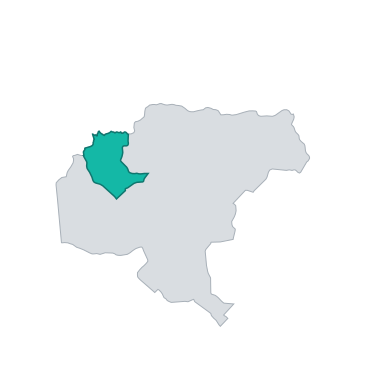 Central Equatoria on a map of South Sudan (Robinson projection), rotated 133°
{"feature_id": "SDS-865", "entity_name": "Central Equatoria", "entity_type": "State", "adm_level": 1, "iso_a3": "SSD", "parent_name": "South Sudan", "parent_adm1": "", "projection": "robinson", "projection_center": [30.797, 4.842], "detail": "fine", "context": "in_parent", "style": "filled", "palette": "teal", "viewbox_px": 384, "rotation_deg": 133, "n_neighbors": 0, "source": "natural_earth", "source_scale": "10m", "svg_char_len": 5889}
<svg xmlns="http://www.w3.org/2000/svg" viewBox="0 0 384 384"><g transform="rotate(133 192 192)"><path d="M288.8,285.7L279.6,296.2L278.9,296.8L277.8,297.6L274.0,297.7L270.2,297.1L266.6,294.4L263.0,296.5L260.7,297.2L259.3,297.4L256.1,297.8L251.6,298.9L249.5,300.3L248.4,301.4L247.5,303.5L247.0,303.7L246.2,303.5L245.0,302.6L242.6,301.4L241.4,298.8L240.3,297.2L239.3,296.4L235.5,299.0L233.6,299.6L232.1,299.6L229.3,298.1L226.2,296.8L224.7,296.9L222.3,298.4L219.6,300.8L218.2,303.1L217.5,304.5L216.6,302.3L215.7,301.0L214.4,300.5L211.8,301.0L211.2,300.3L211.1,298.5L210.7,296.8L210.0,295.6L208.0,294.3L202.9,291.8L199.0,286.8L197.0,284.4L195.5,282.9L193.5,278.9L191.1,276.2L188.3,275.0L186.4,275.6L184.5,278.5L180.9,281.2L179.2,281.3L177.1,279.8L174.4,278.8L169.5,278.3L167.6,279.6L164.9,281.7L162.7,283.0L161.4,283.1L160.1,282.6L158.6,282.4L157.4,282.3L154.8,280.4L153.5,279.0L152.6,277.6L151.1,276.7L149.4,275.9L148.2,274.7L147.6,273.2L146.7,271.3L145.4,269.5L141.5,266.4L140.3,264.6L139.5,262.8L137.9,260.8L136.2,258.1L135.6,254.2L135.5,251.1L135.2,249.6L134.5,248.2L133.6,247.0L132.3,245.6L129.1,243.6L125.7,241.2L124.2,239.9L121.1,239.4L119.3,238.0L117.8,235.1L117.2,232.8L115.7,230.9L115.1,229.6L114.7,228.1L115.9,223.5L114.2,221.8L111.6,219.7L109.7,217.4L108.6,215.2L105.2,212.4L97.9,208.2L93.7,205.5L91.4,203.1L89.4,200.7L89.2,199.7L90.5,197.3L90.7,195.4L89.7,193.3L85.3,189.2L81.8,184.8L79.2,183.4L72.8,182.1L71.0,181.7L69.1,180.8L67.2,178.8L66.6,176.4L67.5,172.6L66.9,171.5L65.9,171.2L66.2,170.4L67.4,168.5L69.3,167.3L74.6,165.5L74.9,164.7L75.0,162.4L75.4,161.2L77.2,157.9L77.5,156.6L77.6,153.8L77.8,152.5L78.4,151.6L79.8,150.0L80.3,149.0L80.6,146.8L80.4,142.6L81.2,140.9L84.5,137.1L85.4,135.4L85.7,133.8L85.7,132.3L85.9,130.7L86.9,129.2L87.7,128.8L90.1,128.3L91.8,128.6L103.4,126.0L104.8,126.3L105.4,127.9L105.3,130.4L105.5,131.6L106.1,132.4L108.0,133.6L109.2,135.6L109.9,136.3L111.8,137.7L120.4,149.0L122.8,150.1L125.2,149.7L129.9,147.3L132.2,146.7L148.7,147.4L150.5,147.1L153.1,152.8L154.3,154.1L172.3,154.2L172.0,152.5L172.2,150.7L175.4,147.2L175.9,146.8L178.6,145.2L181.4,144.1L186.6,142.8L188.5,140.7L189.6,138.8L189.6,135.1L190.3,134.5L191.5,133.7L197.6,130.3L198.6,129.6L209.3,137.3L215.3,143.4L215.6,143.7L216.0,143.8L216.3,143.6L216.5,143.3L217.3,143.1L219.8,143.0L224.7,142.7L226.3,142.0L236.0,131.1L238.5,127.6L239.1,126.9L240.5,124.5L242.0,120.2L242.3,119.7L252.9,109.5L253.3,108.7L253.4,108.1L251.8,104.7L251.5,102.9L251.4,100.3L251.7,96.1L251.6,93.5L251.4,92.7L245.4,85.1L260.4,85.0L260.4,84.1L260.4,83.8L260.1,82.9L259.9,81.7L260.0,81.0L260.0,80.4L260.0,80.1L260.0,79.8L260.0,79.6L270.9,79.7L270.7,81.8L269.4,86.8L269.5,89.8L269.2,93.2L268.8,94.2L268.2,95.0L268.0,95.4L268.0,95.8L270.3,114.9L270.2,115.7L269.6,116.9L269.4,117.3L269.4,117.6L269.6,117.8L274.6,119.9L274.8,120.0L275.0,120.1L276.8,122.6L286.7,131.7L287.0,132.1L288.0,135.0L288.1,135.4L288.2,136.1L288.2,136.6L287.9,138.3L288.0,139.1L288.2,139.6L288.3,140.2L288.3,140.4L288.2,140.8L286.8,144.1L286.3,146.4L286.2,148.4L286.2,149.5L286.4,150.2L286.5,150.5L290.9,150.7L290.9,151.7L291.5,168.9L291.5,170.9L291.3,173.3L290.8,174.3L289.6,175.6L288.1,176.9L284.3,177.2L281.1,177.2L278.9,176.9L275.8,176.8L272.9,177.0L271.8,178.1L268.0,187.3L266.8,189.6L266.5,190.9L266.9,191.7L268.4,192.8L271.7,194.5L275.4,195.4L278.3,195.8L280.2,196.3L281.7,196.8L287.0,200.9L288.7,202.9L289.7,204.6L289.9,206.4L290.7,208.3L295.6,214.0L300.3,216.7L302.0,219.7L303.8,221.2L305.4,222.8L306.3,225.2L308.3,232.1L309.7,235.7L311.1,238.7L311.7,243.5L312.8,245.6L313.9,248.2L315.8,250.6L317.8,252.4L318.1,252.9L298.0,275.4L288.8,285.7Z" fill="#d9dde1" stroke="#a8b0b8" stroke-width="1"/><path d="M194.3,282.4L193.7,281.8L193.4,280.9L193.4,279.8L193.6,279.0L193.6,278.7L193.4,278.1L193.4,277.8L193.6,277.6L193.7,277.4L194.3,277.0L198.5,273.4L199.3,272.3L199.9,271.7L200.4,271.3L201.0,271.1L201.5,270.9L202.1,271.0L202.6,271.2L203.1,271.6L204.5,273.1L205.1,273.5L205.7,273.6L206.4,273.5L207.2,273.1L210.2,269.7L211.3,268.9L213.9,267.4L217.0,266.2L217.5,265.9L217.8,265.6L217.9,265.3L218.0,265.0L218.1,264.4L218.4,256.8L218.7,255.6L219.1,254.5L220.1,252.7L220.4,251.7L220.3,250.6L219.8,249.4L219.1,248.1L217.5,246.3L216.1,245.3L215.7,244.7L215.1,243.5L214.5,242.7L213.6,241.7L211.1,239.6L208.4,236.7L213.4,236.2L215.4,235.8L217.1,234.8L218.2,234.9L222.5,238.9L225.2,240.3L232.9,241.9L234.5,242.8L235.3,242.9L236.4,241.7L248.6,242.5L248.1,245.4L248.3,261.5L248.8,263.8L249.1,264.8L251.0,268.4L251.3,269.3L251.5,270.2L251.5,271.0L251.2,271.9L250.8,272.9L249.5,275.0L247.4,280.3L246.5,284.1L246.1,285.1L245.5,285.9L244.8,286.8L242.4,288.7L242.0,289.2L241.5,290.2L240.0,294.9L239.5,295.9L239.4,296.3L238.9,296.1L237.0,298.5L236.8,298.7L236.4,298.9L235.2,299.1L234.0,299.3L233.6,299.6L233.4,299.9L233.3,300.0L233.1,300.2L232.7,300.1L229.8,298.3L227.9,297.2L227.0,296.8L226.1,296.7L225.0,296.7L224.4,296.9L223.6,297.6L223.0,298.2L222.8,298.2L222.3,298.3L222.1,298.4L221.4,299.1L221.1,299.2L220.9,299.3L220.4,299.3L220.2,299.3L219.9,299.6L219.8,299.9L219.8,300.2L219.6,300.5L218.1,303.0L217.6,304.1L217.6,304.5L217.3,303.9L217.5,302.6L217.2,302.1L216.5,301.8L216.2,301.6L216.0,301.2L216.0,300.3L215.9,300.0L215.4,299.7L215.1,300.0L214.7,300.5L214.2,300.8L213.6,300.8L213.3,300.9L212.9,301.0L212.2,301.5L211.9,301.5L211.5,301.6L211.2,301.6L210.8,301.3L210.8,301.2L211.0,301.0L211.1,300.7L211.2,299.7L211.3,299.2L210.7,295.4L210.4,294.7L210.2,294.7L209.7,294.8L209.1,294.8L208.9,294.7L208.0,294.4L206.2,293.2L204.6,292.6L203.2,292.6L202.8,292.5L202.6,292.2L202.6,291.7L202.5,291.4L202.4,291.1L201.8,290.4L201.6,289.8L201.5,289.2L201.3,288.7L200.7,288.4L199.8,288.2L199.4,287.9L199.1,287.4L198.6,286.2L198.2,285.7L197.7,285.4L197.4,285.3L197.2,285.3L196.9,285.3L196.7,285.0L196.7,284.7L196.9,284.4L197.0,284.2L197.1,283.9L196.9,283.4L196.4,282.9L195.8,282.5L195.3,282.4L194.3,282.4Z" fill="#14b8a6" stroke="#0f766e" stroke-width="1.5"/></g></svg>